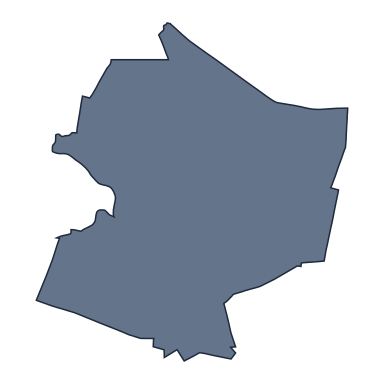 Moc Hoa, Long An, Vietnam
{"feature_id": "81297802B7527818717712", "entity_name": "Moc Hoa", "entity_type": "district", "adm_level": 2, "iso_a3": "VNM", "parent_name": "Vietnam", "parent_adm1": "Long An", "projection": "orthographic", "projection_center": [105.993, 10.757], "detail": "fine", "context": "isolated", "style": "filled", "palette": "slate", "viewbox_px": 384, "rotation_deg": 0, "n_neighbors": 0, "source": "geoboundaries", "source_scale": "gbopen_adm2", "svg_char_len": 4149}
<svg xmlns="http://www.w3.org/2000/svg" viewBox="0 0 384 384"><path d="M56.7,237.9L59.5,238.4L57.5,243.9L52.5,259.6L46.7,274.8L36.3,300.3L53.1,306.3L74.0,312.5L79.1,314.5L86.2,317.4L89.4,318.7L94.3,320.7L99.9,323.0L100.1,323.1L113.6,328.4L122.5,332.0L128.5,334.6L140.6,338.4L153.8,338.5L153.7,338.9L153.5,339.5L153.5,340.7L153.4,342.6L153.3,345.2L153.2,346.7L164.1,349.8L164.2,352.8L164.3,357.5L177.1,349.7L184.2,361.0L184.5,360.8L192.4,356.7L199.6,352.7L204.8,353.5L214.1,355.6L226.1,358.0L231.0,359.0L235.6,353.0L230.6,347.2L235.6,346.9L230.9,332.7L228.6,322.4L227.0,315.6L223.8,303.3L225.7,302.2L228.1,300.0L231.6,296.4L233.4,294.3L241.7,291.8L243.9,291.1L245.9,290.4L255.8,287.7L260.1,286.4L274.3,279.3L297.2,266.0L300.1,266.2L300.9,266.5L301.4,263.0L302.5,262.8L317.1,261.7L323.7,261.1L324.2,261.0L324.4,259.6L326.2,249.4L327.3,244.7L329.1,235.9L331.0,227.0L332.1,222.2L332.9,218.2L334.6,209.4L336.4,200.5L338.1,192.4L338.5,189.9L336.1,189.3L330.7,187.8L332.1,184.6L333.3,181.2L335.2,176.3L337.4,169.7L338.7,166.0L341.8,157.6L342.4,155.8L344.0,151.2L344.1,150.9L345.5,147.3L345.6,145.7L346.1,139.7L346.2,136.1L346.6,127.6L346.7,125.7L347.2,118.7L347.2,115.7L347.5,112.4L347.7,108.1L336.8,108.3L331.0,108.7L320.4,109.4L316.6,109.4L313.5,109.2L310.7,108.9L308.2,108.4L304.3,107.6L301.2,106.8L297.9,106.2L294.6,105.5L281.7,103.4L278.1,102.8L276.5,102.4L275.3,101.9L273.6,101.0L270.5,99.0L265.7,95.7L257.9,90.0L251.3,85.3L246.8,82.1L227.5,68.1L220.9,63.3L215.2,59.2L206.6,53.2L198.2,47.2L189.1,40.6L182.5,34.9L177.0,29.8L171.3,24.7L170.1,23.5L169.7,23.6L169.4,23.6L169.1,23.5L168.2,23.1L167.6,23.0L167.1,23.0L166.8,23.2L166.7,23.3L166.5,23.6L166.4,23.8L166.3,24.1L166.2,24.4L166.1,24.7L165.9,24.9L165.5,25.0L165.1,25.1L164.7,25.1L164.3,25.2L164.0,25.4L163.8,25.6L163.7,26.0L163.6,26.4L163.7,27.8L163.8,28.6L163.8,29.1L163.7,29.7L163.5,30.1L163.2,30.5L162.3,31.3L160.9,32.5L160.1,33.4L159.1,34.4L158.7,34.9L160.4,38.7L161.8,41.9L164.1,47.8L165.8,52.6L167.3,56.1L168.2,58.7L168.4,59.7L161.9,59.7L151.4,59.7L141.0,59.7L121.2,59.7L111.7,59.7L111.2,59.7L111.1,60.6L111.0,61.5L110.7,62.7L110.3,64.0L109.4,65.3L107.9,67.1L106.7,68.7L102.8,75.6L100.2,80.1L96.1,87.9L92.8,93.6L89.8,98.0L82.5,96.1L82.3,97.2L81.2,103.1L80.3,109.1L79.6,113.7L79.3,115.2L78.3,121.3L77.6,125.6L77.3,127.2L76.7,132.9L75.9,132.8L74.9,132.7L74.1,132.7L73.0,132.7L72.2,132.8L71.7,133.0L71.3,133.3L70.9,133.8L70.4,134.4L69.7,135.1L68.8,135.4L67.5,135.6L65.8,135.7L64.7,135.9L63.5,136.3L62.8,136.5L62.0,136.4L61.6,136.3L61.0,136.0L60.6,135.6L59.9,134.9L59.2,134.4L58.7,134.2L58.2,134.2L57.6,134.2L57.0,134.3L55.8,134.9L55.7,136.2L55.7,137.4L55.6,139.8L55.4,141.5L55.1,142.5L54.6,143.3L53.8,144.1L53.2,144.7L52.9,145.2L52.6,146.1L52.4,147.1L52.4,148.4L52.4,149.0L52.3,150.2L52.3,150.7L52.5,151.3L52.8,151.8L54.0,152.2L55.0,152.6L56.3,153.1L57.8,153.4L59.3,153.6L60.6,153.7L61.8,153.6L63.5,153.6L65.0,153.7L66.6,154.0L67.8,154.4L69.4,155.1L70.9,156.2L72.5,157.4L73.9,158.5L75.2,159.6L76.7,160.7L78.7,162.0L81.6,164.2L83.9,166.3L85.8,168.1L87.3,169.8L88.4,171.1L89.1,172.2L89.5,172.9L90.1,173.9L90.6,174.7L91.6,176.0L92.7,177.2L95.0,179.7L95.8,180.6L96.9,181.7L98.2,183.0L99.2,183.6L100.4,184.1L102.0,184.6L104.0,185.1L106.3,185.6L108.6,186.4L109.5,186.9L110.6,187.6L111.4,188.3L112.2,189.3L113.0,190.6L113.7,191.8L114.3,193.3L114.8,194.6L115.2,195.8L115.4,196.9L115.4,198.9L115.2,200.4L114.9,202.2L114.1,205.9L113.7,208.3L113.4,210.0L113.4,211.3L113.3,212.5L113.3,213.7L113.4,214.7L113.5,215.3L113.6,216.1L113.8,216.6L113.9,216.8L113.3,216.5L112.6,216.2L111.9,215.9L111.3,215.6L110.4,215.2L109.8,215.1L109.4,214.8L107.5,212.8L105.6,210.9L104.7,210.2L103.7,210.0L101.6,209.9L100.2,210.0L99.4,210.1L98.1,210.7L97.2,211.6L96.6,212.7L96.1,214.7L96.0,215.0L95.9,216.2L95.6,218.2L95.3,220.2L95.0,221.4L93.8,223.1L93.1,224.1L92.4,224.8L91.5,225.4L88.9,226.8L84.8,228.8L82.9,229.8L82.2,230.3L81.6,230.9L81.4,231.1L81.1,231.1L80.7,231.1L80.1,231.1L78.7,230.8L77.1,230.4L75.1,230.0L73.1,229.7L71.0,229.6L71.0,230.4L71.0,232.1L70.9,233.1L70.7,233.5L70.3,233.8L69.4,234.1L67.4,234.7L64.5,235.3L62.2,235.8L60.5,236.3L57.7,237.5L56.7,237.9Z" fill="#64748b" stroke="#1e293b" stroke-width="1.5"/></svg>